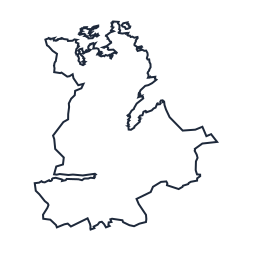 the district of Hemne nor, Sør-Trøndelag, Norway, rotated 5°
{"feature_id": "86288312B71092976212534", "entity_name": "Hemne nor", "entity_type": "district", "adm_level": 2, "iso_a3": "NOR", "parent_name": "Norway", "parent_adm1": "Sør-Trøndelag", "projection": "albers", "projection_center": [8.977, 63.29], "detail": "fine", "context": "isolated", "style": "outline", "palette": "slate", "viewbox_px": 256, "rotation_deg": 5, "n_neighbors": 0, "source": "geoboundaries", "source_scale": "gbopen_adm2", "svg_char_len": 5572}
<svg xmlns="http://www.w3.org/2000/svg" viewBox="0 0 256 256"><g transform="rotate(5 128 128)"><path d="M58.4,180.6L61.1,180.7L64.0,179.8L72.8,180.0L77.1,179.2L87.1,179.2L99.0,176.5L100.0,177.1L98.7,178.2L98.5,179.2L99.3,179.7L98.7,180.9L95.1,180.8L92.8,181.8L88.8,182.2L86.7,184.0L83.1,183.4L71.3,184.1L70.5,185.4L67.0,186.5L67.3,185.4L66.5,185.0L60.4,183.9L57.6,184.6L56.8,185.3L56.7,186.7L55.6,187.6L54.4,187.6L53.9,186.9L49.8,189.4L47.5,189.3L46.5,188.5L44.2,190.2L39.9,191.1L41.6,198.6L45.3,201.6L51.5,208.1L54.7,210.2L55.5,211.7L54.6,214.7L50.9,221.8L51.5,225.8L58.6,226.1L64.8,231.0L65.8,233.2L73.0,229.5L76.3,228.5L79.7,231.1L95.6,221.5L98.5,226.9L99.2,229.1L99.3,231.6L99.6,232.4L103.3,230.7L102.4,229.2L106.2,226.9L107.8,224.4L110.1,223.7L112.6,225.9L114.7,228.9L118.2,227.2L116.9,226.1L117.0,223.7L119.7,223.1L118.4,220.5L120.0,219.8L130.5,220.4L131.3,222.2L137.9,224.7L142.6,225.3L147.7,222.3L154.1,220.1L154.2,217.1L153.5,213.0L145.3,202.8L142.7,197.9L156.2,189.8L158.0,184.4L165.6,178.8L170.8,177.9L172.0,179.7L171.8,181.6L183.8,184.4L187.4,181.9L187.8,180.7L192.9,178.6L193.3,177.5L195.3,176.1L201.4,174.4L201.3,172.1L204.1,169.7L203.9,168.2L200.8,168.2L199.5,165.1L199.1,163.9L198.6,155.3L199.9,151.7L198.8,148.6L196.4,144.9L196.7,144.0L196.4,143.0L203.4,137.0L218.0,134.1L211.3,126.9L206.8,129.3L202.0,120.3L195.2,123.8L182.7,125.8L168.5,113.6L164.2,106.2L162.4,102.0L161.7,98.7L160.6,99.1L160.5,97.7L160.1,97.4L158.4,97.8L157.8,99.3L158.5,100.3L157.8,101.5L155.7,101.9L155.4,100.9L154.9,101.2L153.7,105.3L151.8,106.3L150.1,108.4L144.0,111.2L145.2,110.1L144.0,109.4L142.0,110.5L141.3,114.0L139.1,114.6L137.9,116.4L138.8,116.8L138.4,116.9L138.5,117.6L139.4,118.4L138.4,119.5L139.1,120.0L139.2,120.7L134.3,125.9L134.2,127.1L131.1,129.5L128.8,129.5L128.4,127.5L128.5,126.4L127.8,126.1L128.5,125.9L127.8,125.3L128.4,124.3L127.4,123.6L127.7,122.8L127.4,122.5L127.6,121.6L128.7,120.4L127.4,119.7L129.2,117.1L129.1,116.4L128.7,115.5L126.3,116.5L126.9,115.8L126.5,115.5L128.4,113.8L130.1,110.4L132.3,108.4L132.4,107.4L134.5,102.9L140.6,97.2L140.1,95.5L138.4,95.6L138.8,94.9L135.6,96.4L136.0,95.0L137.4,93.4L137.1,92.8L135.7,93.4L135.8,92.1L136.5,91.3L137.2,89.3L141.5,84.5L144.6,83.5L148.0,81.3L152.1,77.4L150.5,76.6L150.7,74.6L145.1,75.8L145.9,75.0L145.8,74.9L144.8,76.0L143.5,76.1L144.0,74.6L143.5,72.7L142.7,71.7L143.0,70.5L144.1,68.9L144.0,68.3L145.2,65.5L144.8,62.3L143.7,60.6L143.1,57.8L141.5,58.0L140.7,56.8L141.3,53.6L140.8,51.5L139.3,49.3L137.5,49.7L135.4,48.8L130.9,50.4L129.8,48.8L129.9,47.8L133.9,47.4L134.4,46.6L134.3,46.1L134.8,45.9L134.4,45.4L130.6,46.7L127.3,45.0L127.1,43.9L128.3,41.0L128.1,40.0L129.8,37.5L129.5,36.5L126.4,37.5L124.4,36.6L122.7,37.1L121.8,35.8L120.1,36.0L119.3,35.4L120.0,33.4L118.1,34.1L118.2,33.5L114.1,34.4L110.5,34.1L110.3,33.6L111.4,32.8L111.7,31.3L110.5,30.3L110.8,29.4L110.5,26.2L108.9,24.6L109.4,23.1L103.7,23.2L103.3,23.6L103.8,24.4L102.4,25.0L103.4,26.9L102.7,28.4L104.6,29.0L102.5,32.4L103.2,33.0L104.9,32.7L105.2,32.7L105.4,32.8L102.2,34.2L98.2,37.8L97.2,37.8L99.0,38.7L100.3,40.2L100.0,40.9L100.8,41.0L102.4,43.3L103.5,43.5L103.8,44.5L99.5,48.3L95.9,49.9L97.2,50.2L98.6,49.0L100.5,49.1L101.3,49.9L101.1,51.4L102.0,51.9L106.6,51.2L110.2,53.9L109.8,54.7L107.6,54.2L105.5,55.5L106.4,56.8L106.2,57.6L105.1,56.4L104.0,56.5L104.2,58.0L105.2,59.6L105.1,60.2L104.4,60.0L104.1,58.5L102.8,56.9L101.5,57.7L99.4,57.2L98.2,58.5L97.6,58.1L95.0,59.0L93.5,58.4L94.9,56.6L91.0,57.4L91.4,56.3L95.8,54.6L94.2,54.4L92.4,55.3L92.4,53.7L91.6,51.8L89.9,51.3L86.4,51.9L86.9,50.2L86.7,49.9L86.8,48.8L88.0,46.5L86.1,47.5L85.9,46.9L86.7,46.1L83.2,47.7L83.5,48.1L81.8,49.3L81.8,50.1L81.3,50.7L81.7,52.9L83.8,53.4L82.5,54.8L80.4,55.7L80.6,54.5L79.7,54.1L77.9,57.1L76.9,57.8L76.5,57.6L76.9,57.1L76.8,56.0L75.6,54.5L75.5,52.9L73.0,53.8L71.7,55.3L73.2,56.2L72.8,57.5L74.1,58.1L74.0,58.6L77.4,61.3L77.6,61.8L77.4,62.3L78.5,62.6L78.1,63.9L78.5,64.5L77.0,65.8L79.6,65.9L78.3,67.2L78.8,67.5L78.0,68.5L78.6,68.6L77.7,69.3L74.7,68.3L74.6,67.1L72.8,65.3L73.1,63.1L72.4,61.2L71.7,60.9L71.8,59.1L70.1,59.3L70.0,58.4L69.3,57.7L69.7,53.8L71.8,51.1L71.0,50.8L71.4,50.0L70.9,49.8L71.2,48.1L68.6,47.3L68.5,45.0L69.2,44.6L66.9,44.4L65.2,45.9L60.6,46.5L60.1,45.1L56.4,45.0L54.2,44.1L53.4,44.5L54.2,44.9L50.4,45.6L49.7,46.3L50.0,46.7L47.9,47.7L49.1,46.8L46.5,47.3L46.3,46.2L45.8,45.9L46.6,44.9L43.7,45.9L42.0,45.5L42.3,46.1L40.8,45.7L38.0,47.1L40.1,52.7L41.9,53.7L46.2,57.7L50.8,60.3L50.2,67.8L49.4,68.8L49.0,70.7L49.1,71.7L48.8,72.1L49.6,74.9L49.6,78.8L55.7,79.2L56.9,78.6L63.0,82.1L65.2,81.5L68.2,79.3L69.3,83.1L74.7,89.7L79.8,87.9L78.1,92.5L72.1,95.6L72.1,100.0L68.8,103.8L66.9,108.7L67.5,112.2L67.2,119.3L67.6,124.6L63.1,127.7L54.0,142.1L55.5,145.5L57.3,155.2L66.6,163.0L66.4,170.0L59.9,172.6L58.4,180.6ZM89.4,28.6L85.1,30.0L83.8,31.0L84.3,31.6L82.8,32.6L79.6,33.0L78.6,32.7L78.4,32.1L76.6,32.3L77.5,31.2L75.3,31.5L74.3,32.7L73.4,32.7L73.6,32.4L73.3,32.6L73.4,33.1L71.3,33.9L73.9,33.6L72.7,35.3L73.9,35.6L73.0,36.0L73.1,36.8L72.3,37.1L72.5,37.4L70.4,38.1L72.1,38.2L71.0,38.9L71.5,39.3L71.2,39.6L76.0,37.9L77.4,38.6L77.4,39.3L76.7,40.1L79.5,40.1L79.1,40.9L80.5,41.3L80.8,42.2L84.9,41.6L86.4,39.3L87.3,38.8L89.0,39.6L90.5,38.3L89.3,37.8L89.9,37.5L89.7,36.9L88.0,38.1L87.2,37.1L85.8,39.0L85.1,38.6L82.7,39.6L81.9,39.0L82.2,38.4L81.7,37.7L83.3,36.0L80.8,36.7L81.4,34.7L82.6,34.1L83.1,33.1L84.5,33.1L85.2,31.9L87.6,31.3L89.5,29.6L89.4,28.6ZM118.4,22.8L114.1,24.1L112.8,26.2L113.8,27.4L116.1,27.7L117.1,29.5L119.0,29.2L121.2,27.8L121.4,26.6L120.1,26.3L119.6,25.6L119.7,24.6L119.1,24.1L118.2,24.3L118.4,22.8Z" fill="none" stroke="#1e293b" stroke-width="2"/></g></svg>